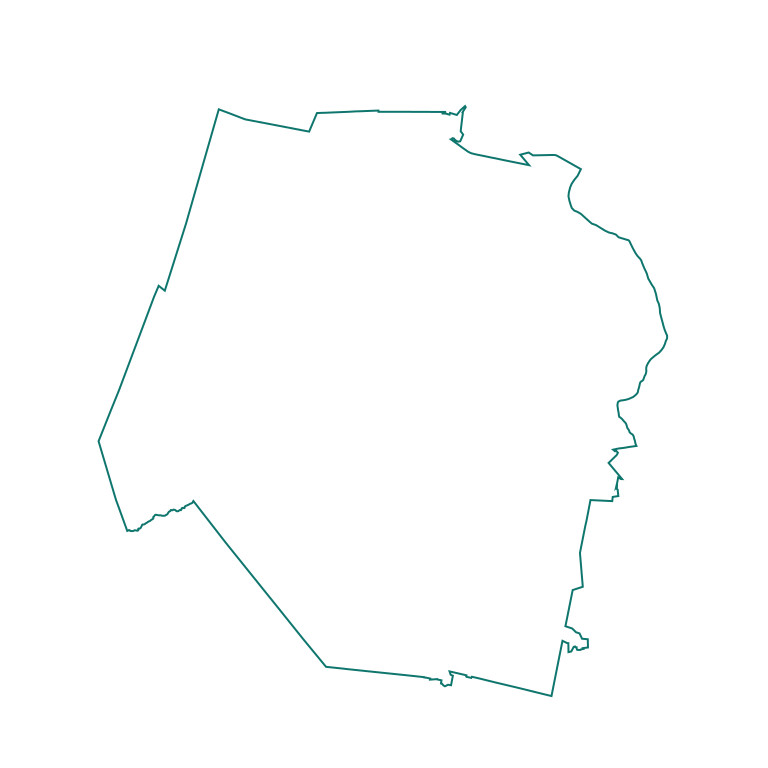 Mier, Tamaulipas, Mexico, rotated 12°
{"feature_id": "50627088B19734737763323", "entity_name": "Mier", "entity_type": "district", "adm_level": 2, "iso_a3": "MEX", "parent_name": "Mexico", "parent_adm1": "Tamaulipas", "projection": "albers", "projection_center": [-99.247, 26.417], "detail": "fine", "context": "isolated", "style": "outline", "palette": "teal", "viewbox_px": 768, "rotation_deg": 12, "n_neighbors": 0, "source": "geoboundaries", "source_scale": "gbopen_adm2", "svg_char_len": 6055}
<svg xmlns="http://www.w3.org/2000/svg" viewBox="0 0 768 768"><g transform="rotate(12 384 384)"><path d="M150.1,559.7L163.4,581.1L164.0,580.7L164.8,580.0L164.9,579.9L165.1,579.9L165.5,579.9L166.0,580.1L166.2,580.4L167.0,580.4L167.5,580.3L168.2,580.3L168.8,580.1L169.4,579.8L169.9,579.4L170.3,579.0L170.8,578.9L171.6,578.8L172.2,578.8L173.0,578.8L173.2,578.7L173.7,578.6L174.0,578.2L174.1,577.8L173.8,577.3L173.7,577.0L173.8,576.8L174.0,576.5L174.3,576.3L175.0,576.2L175.5,575.9L175.9,575.3L176.1,574.6L176.3,574.0L176.5,573.3L176.6,572.8L176.7,572.1L177.0,571.7L177.4,571.5L177.9,571.5L178.6,571.2L179.1,570.8L179.6,570.1L180.1,569.7L180.5,569.3L180.9,569.0L181.2,568.7L181.5,568.3L182.0,567.7L182.4,567.4L183.1,567.0L183.6,566.6L184.0,566.1L184.4,565.5L185.0,565.0L185.7,564.2L186.1,563.9L186.2,563.6L186.3,563.3L186.1,562.7L186.0,562.3L186.1,561.8L186.4,561.6L186.7,561.2L187.0,560.2L187.7,559.4L188.5,559.3L189.2,559.3L189.9,559.3L190.9,559.3L191.8,559.1L192.5,559.0L193.2,558.9L194.1,559.0L194.7,558.9L195.5,558.8L196.5,558.5L197.0,558.4L197.5,557.9L198.0,557.5L198.9,556.7L199.1,556.4L199.4,555.9L199.5,555.5L199.7,554.7L199.9,554.3L200.1,553.8L200.5,553.4L201.1,553.0L201.3,552.8L201.4,552.5L201.5,551.9L201.7,551.6L201.9,551.6L202.3,551.5L202.6,551.5L203.0,551.6L203.3,551.5L203.7,551.2L204.0,550.9L204.3,550.6L204.9,550.6L205.3,550.6L205.7,550.6L206.2,550.8L206.4,550.9L206.7,551.0L207.0,551.2L207.2,551.4L207.5,551.4L207.7,551.5L208.3,551.5L208.8,551.3L209.4,551.0L209.7,550.6L209.9,550.3L210.3,549.9L210.6,549.7L211.2,549.7L211.6,549.6L211.8,549.3L211.9,549.1L211.9,548.8L212.0,548.5L211.9,548.2L211.9,547.9L212.0,547.6L212.3,547.4L212.7,547.1L213.1,547.0L213.6,547.0L214.2,547.0L214.6,546.8L214.7,546.5L214.7,546.1L214.6,545.8L214.7,545.4L214.9,545.0L215.1,544.8L215.3,544.6L215.7,544.3L215.9,544.2L216.3,543.9L216.6,543.7L217.1,543.3L217.4,543.1L217.8,542.8L218.1,542.6L218.5,542.2L218.9,541.8L219.4,541.3L219.7,541.2L220.1,541.0L220.4,540.8L220.8,540.5L221.2,540.1L221.4,539.8L221.6,539.2L221.6,538.8L221.8,538.4L221.9,538.1L257.4,568.1L261.9,571.9L270.0,578.5L292.8,597.1L310.7,611.7L321.4,620.4L335.1,631.6L358.1,650.4L361.5,653.1L386.1,672.7L402.2,671.0L409.4,670.3L427.4,668.4L465.7,664.3L484.2,662.4L484.3,662.7L486.0,662.5L490.5,662.5L490.5,663.6L497.1,661.7L497.1,661.9L501.8,661.9L502.0,665.1L503.0,665.1L504.8,666.5L506.5,667.0L509.1,664.9L512.2,664.7L512.0,655.0L509.6,654.5L507.9,651.5L525.2,651.8L525.2,653.0L525.6,653.3L530.5,653.3L530.8,652.1L538.1,652.2L556.1,652.8L577.8,653.3L599.5,654.0L612.7,654.4L612.0,600.2L612.0,598.1L616.8,599.3L618.2,599.2L618.2,599.8L618.6,600.9L620.2,607.9L622.8,606.7L624.2,601.7L625.1,601.2L625.5,601.1L625.7,601.6L626.0,601.7L627.1,601.5L627.2,602.0L628.0,603.7L628.5,603.9L631.6,603.2L631.9,602.6L634.1,601.7L633.5,601.0L638.3,599.3L636.4,591.3L630.7,592.0L627.1,587.3L623.4,586.9L618.9,584.0L611.8,583.2L611.8,579.9L611.4,546.3L620.6,541.0L610.8,508.5L610.7,502.4L610.4,480.5L610.5,475.9L610.2,460.1L610.1,454.6L631.6,451.1L631.2,446.9L636.5,444.9L634.5,438.7L633.5,438.2L633.2,436.1L632.5,437.3L632.6,431.6L632.5,426.7L635.5,427.7L636.7,427.5L620.1,414.5L626.4,405.1L627.1,402.6L624.5,400.7L623.9,401.7L621.8,400.6L627.1,398.2L629.3,397.5L632.2,396.5L636.4,394.8L643.8,392.1L643.5,391.7L642.3,389.9L641.2,387.3L640.2,385.7L639.6,384.3L638.7,382.8L637.7,381.8L636.5,381.3L635.4,380.9L634.2,380.0L633.3,378.4L631.2,376.4L630.2,374.6L629.5,373.2L628.5,372.0L626.5,370.6L623.9,368.6L622.1,367.6L620.9,367.2L620.3,365.9L619.5,363.4L618.5,361.2L617.4,358.1L616.8,356.5L616.6,354.6L616.6,353.5L616.9,352.5L617.7,351.9L618.8,351.0L620.4,350.5L622.3,349.8L624.9,348.6L627.0,347.4L628.7,346.1L630.3,345.0L631.5,343.6L632.7,342.0L633.6,340.5L634.0,339.1L633.9,336.9L634.2,334.2L634.2,332.0L634.2,330.1L634.5,328.8L635.0,328.1L636.0,327.1L636.7,326.2L637.0,324.0L637.3,321.9L637.9,320.2L638.0,318.3L637.9,316.6L637.4,315.1L637.1,313.1L637.3,311.2L637.9,308.9L638.8,306.5L639.8,304.3L641.7,301.8L643.6,299.4L646.6,296.1L648.3,293.2L649.7,290.0L650.5,286.3L650.7,283.5L651.3,281.2L651.3,279.7L650.8,277.7L649.6,276.1L647.5,273.0L645.6,269.7L643.5,265.5L641.2,261.0L639.3,257.2L637.9,252.3L636.1,248.3L634.0,245.5L631.3,239.4L628.3,234.1L625.1,231.0L622.7,228.3L620.6,226.0L618.2,221.5L616.1,218.6L614.7,216.9L611.5,212.2L609.9,209.6L608.4,208.2L605.5,206.2L603.0,203.9L599.1,199.4L596.3,195.8L594.3,193.2L593.2,192.5L591.2,192.4L586.4,192.0L583.0,191.7L581.7,190.9L579.8,189.6L576.0,189.1L572.7,189.1L568.1,188.0L558.4,184.5L553.9,183.9L550.1,181.8L541.1,176.6L537.4,175.4L534.0,174.8L531.1,172.8L529.7,170.6L527.3,166.3L525.4,162.0L525.0,158.0L525.2,153.1L525.9,149.3L527.7,144.7L530.1,140.1L531.9,132.9L505.8,124.7L504.2,124.5L502.3,124.7L482.2,129.4L477.4,127.5L469.6,131.4L480.4,139.8L464.0,140.0L454.9,140.1L445.4,140.1L445.2,140.1L442.9,140.2L435.0,140.2L427.7,140.3L425.9,140.3L424.4,140.3L423.1,140.2L422.2,140.2L421.2,140.1L420.1,139.9L419.2,139.6L418.4,139.4L417.6,139.2L416.6,138.7L412.6,137.0L398.6,130.8L398.8,130.7L399.0,130.6L399.2,130.4L399.4,130.3L399.7,130.3L399.8,130.1L399.8,129.9L399.7,129.7L399.8,129.4L400.1,129.4L400.3,129.3L400.5,129.3L400.8,129.3L401.0,129.3L401.5,129.4L401.7,129.6L401.8,129.7L401.9,130.0L402.0,130.2L402.3,130.2L402.5,130.3L402.8,130.6L403.0,130.7L403.3,130.7L403.5,130.8L403.9,131.1L404.1,131.2L404.3,131.2L404.5,131.3L404.8,131.3L405.0,131.3L405.5,131.5L405.9,131.5L406.1,131.5L406.3,131.4L406.6,131.4L406.8,131.3L407.0,131.2L407.4,131.0L407.7,131.0L407.9,130.9L408.1,130.7L409.6,123.6L406.5,120.9L406.3,119.4L404.7,102.2L404.3,102.0L406.4,96.3L405.5,95.3L402.0,100.1L399.3,105.7L392.2,105.1L392.1,106.9L387.9,106.7L384.2,107.4L388.1,105.0L370.9,108.6L348.4,113.3L322.0,118.9L321.7,117.7L302.3,122.6L299.7,123.2L293.2,125.0L278.3,128.8L270.2,130.9L265.6,132.0L265.3,132.1L262.1,132.9L258.3,152.7L193.6,154.0L192.5,153.9L175.5,151.2L165.3,149.7L162.0,196.6L159.2,236.5L157.0,268.3L150.2,338.3L143.2,334.8L140.9,346.7L137.2,371.5L126.1,445.2L122.5,465.5L116.7,499.3L123.0,510.9L146.0,553.2L150.1,559.7Z" fill="none" stroke="#0f766e" stroke-width="2"/></g></svg>